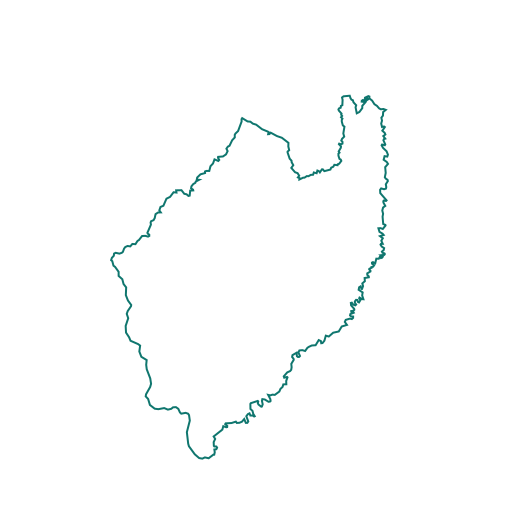 outline of Quimbaya, Quindío, Colombia, rotated 307°
{"feature_id": "7082276B28031700236172", "entity_name": "Quimbaya", "entity_type": "district", "adm_level": 2, "iso_a3": "COL", "parent_name": "Colombia", "parent_adm1": "Quindío", "projection": "mercator", "projection_center": [-75.769, 4.613], "detail": "fine", "context": "isolated", "style": "outline", "palette": "teal", "viewbox_px": 512, "rotation_deg": 307, "n_neighbors": 0, "source": "geoboundaries", "source_scale": "gbopen_adm2", "svg_char_len": 6123}
<svg xmlns="http://www.w3.org/2000/svg" viewBox="0 0 512 512"><g transform="rotate(307 256 256)"><path d="M450.1,269.3L448.3,267.4L448.0,265.4L448.7,262.3L448.5,259.2L450.0,255.2L450.1,251.7L451.6,250.6L451.3,249.5L448.1,247.8L447.6,248.4L445.0,248.4L444.7,247.5L443.9,247.7L443.6,247.1L442.9,247.5L444.0,249.5L446.6,249.1L448.3,249.6L449.0,249.9L448.4,251.2L446.4,250.5L444.9,250.9L439.9,250.5L438.0,251.9L433.2,251.9L430.6,250.6L434.7,246.0L436.7,245.3L437.4,241.4L438.7,239.6L438.3,238.3L438.8,236.7L440.4,234.4L436.2,229.8L434.4,229.3L432.8,231.2L428.4,234.2L426.9,233.5L425.4,234.4L423.9,233.5L422.7,233.6L422.0,234.6L421.2,238.6L420.1,239.0L419.7,240.5L418.0,240.4L417.7,242.4L416.3,242.6L414.9,243.7L412.6,246.7L412.5,248.8L406.4,252.0L404.4,254.6L401.4,254.2L399.5,254.7L399.2,256.4L397.8,257.4L396.4,256.7L395.8,254.8L395.2,254.9L394.7,257.9L393.5,258.6L389.3,259.1L388.8,260.5L387.4,260.2L385.7,261.5L383.8,264.2L384.0,265.7L383.3,266.9L379.7,266.9L378.5,266.1L377.6,266.5L376.0,263.7L373.8,264.0L371.8,262.9L369.8,263.4L364.9,259.5L365.4,257.2L364.9,256.5L361.2,256.7L361.6,255.1L361.2,253.6L358.6,254.6L357.5,251.9L355.3,252.7L353.7,250.9L351.3,249.9L350.4,248.5L347.8,247.6L346.9,246.5L343.2,244.6L344.4,243.8L344.0,242.2L346.1,242.2L347.2,239.3L346.4,236.8L347.6,231.2L351.0,231.1L352.3,228.1L353.5,227.0L354.0,224.3L357.7,218.9L358.4,218.4L360.5,218.8L362.9,215.9L365.9,213.8L366.0,205.5L364.4,200.6L363.4,193.9L363.2,193.3L361.5,193.4L360.6,192.4L362.5,191.6L362.5,190.7L360.9,184.5L361.0,177.1L359.8,173.8L359.9,170.7L358.4,168.3L357.8,162.0L356.6,162.1L354.7,163.6L345.0,166.5L341.4,165.9L340.0,166.1L337.9,167.7L334.1,167.3L328.1,168.5L326.4,167.7L323.9,167.8L322.7,170.2L319.1,170.9L315.6,169.7L312.4,166.1L311.6,166.5L310.6,168.8L309.2,168.7L308.2,164.7L304.0,166.0L300.3,165.6L295.8,167.5L294.0,165.1L292.8,164.4L291.6,165.4L287.8,162.5L283.3,161.8L281.4,162.7L282.6,164.7L279.2,163.1L277.9,163.5L275.7,162.6L272.8,162.5L271.0,163.4L271.1,165.8L270.6,166.4L268.6,164.1L264.3,166.7L263.3,165.9L263.5,163.4L262.5,161.3L263.7,156.9L260.4,152.7L258.8,154.3L257.3,151.8L251.5,151.8L247.9,150.0L240.4,151.8L237.7,150.2L234.3,151.3L233.5,153.7L231.8,151.6L229.0,150.6L225.3,152.3L223.0,152.6L220.6,151.3L219.3,151.7L217.8,153.2L209.2,155.3L208.7,156.0L208.8,157.9L207.8,158.7L206.5,158.1L205.5,155.5L203.4,153.0L198.3,152.9L196.7,152.3L192.9,152.6L191.2,150.0L188.0,149.8L186.7,147.4L184.5,146.2L182.5,146.2L179.2,147.2L177.8,146.9L175.7,145.5L174.1,142.0L172.5,141.2L170.6,142.3L167.8,142.0L165.5,142.8L165.4,144.3L162.5,148.0L162.5,150.0L160.7,155.8L157.4,158.3L157.0,163.2L153.9,167.1L152.8,171.2L146.4,175.6L143.4,180.5L141.8,185.8L140.7,186.4L134.8,186.7L132.0,187.6L129.4,191.4L121.7,194.0L116.6,198.3L114.7,203.6L112.8,206.8L114.7,214.9L114.7,217.4L109.5,220.3L106.5,225.1L107.1,231.3L103.0,233.8L99.8,236.9L94.6,245.2L90.8,249.1L87.7,250.3L79.4,251.4L77.5,252.4L76.9,255.9L73.2,260.9L73.1,267.0L74.9,270.2L79.3,274.2L80.3,278.1L83.0,280.3L85.2,280.8L87.1,283.0L87.2,285.9L85.3,289.4L85.1,291.2L88.4,294.2L89.2,296.7L88.6,298.3L84.7,302.2L73.7,306.8L65.3,314.8L63.7,316.9L60.8,326.4L60.4,332.2L61.9,335.1L64.4,336.4L66.0,339.9L71.7,341.5L72.2,342.2L74.4,341.2L76.4,339.2L77.8,340.6L79.5,340.3L80.0,339.0L78.8,337.3L79.0,336.6L81.9,334.2L85.3,333.5L86.4,330.8L97.1,333.6L100.4,332.3L101.3,335.3L102.0,335.9L103.0,335.3L103.2,332.6L104.1,332.5L107.9,337.0L111.6,339.6L111.1,341.1L112.8,343.1L115.2,344.5L118.7,344.7L116.6,348.3L117.5,349.5L119.2,349.4L122.2,344.7L124.8,344.7L126.4,345.5L125.2,347.5L126.6,349.3L126.7,351.1L127.3,351.4L128.2,348.9L130.2,346.4L130.5,343.6L134.5,340.5L135.3,340.4L141.3,344.6L141.2,345.3L139.6,346.0L138.9,347.3L138.8,350.9L139.3,351.3L141.6,350.6L143.9,347.9L145.5,347.2L146.7,349.4L147.1,353.7L148.2,354.8L149.0,354.9L150.3,353.6L152.4,349.3L153.3,351.3L155.2,352.6L156.4,354.6L161.8,356.2L164.6,355.5L167.4,356.0L169.9,355.1L171.8,357.4L174.4,355.3L178.0,354.2L178.1,353.6L175.8,351.8L176.6,350.6L181.9,351.0L184.6,352.5L186.3,352.6L188.6,351.4L191.1,349.1L195.8,348.6L196.5,347.9L197.1,345.6L198.8,344.8L203.1,346.6L200.6,349.0L200.6,350.3L201.4,351.2L202.6,351.3L204.5,347.9L206.7,347.5L208.7,349.7L209.7,352.4L213.6,352.3L215.3,352.9L218.1,354.4L220.6,357.3L226.6,356.7L227.1,359.0L225.6,360.6L226.5,361.5L229.5,361.6L234.4,359.7L235.5,362.6L241.2,363.8L245.5,367.5L251.3,366.9L255.7,370.1L256.8,366.6L259.0,366.1L262.5,368.7L263.3,370.5L265.0,370.8L266.1,370.0L265.0,368.4L265.1,366.9L266.4,366.3L269.5,368.2L269.8,367.3L268.8,365.7L269.3,365.2L271.1,366.8L272.2,366.9L272.9,366.2L273.8,361.7L275.6,360.0L276.4,360.6L275.7,363.0L276.3,365.0L277.5,365.2L278.2,363.1L279.2,362.3L281.2,362.3L281.9,363.4L280.7,365.0L280.9,366.2L283.8,365.9L284.3,363.9L285.1,363.7L285.4,366.7L286.1,367.8L288.4,364.5L291.1,363.1L290.8,358.3L293.1,357.2L294.7,357.8L293.2,360.1L293.5,360.5L296.4,359.6L298.1,357.4L301.4,358.1L303.8,356.0L306.9,358.9L307.6,358.3L307.9,356.2L309.1,355.3L312.5,356.7L313.1,356.3L313.4,354.5L314.0,354.2L316.2,355.4L316.6,354.9L318.0,356.0L319.7,355.9L319.7,353.3L320.5,352.6L321.5,353.1L321.9,355.6L326.3,353.7L327.7,355.7L329.9,355.4L329.5,357.0L330.5,357.7L331.7,357.7L331.7,355.2L334.1,357.8L335.1,357.7L335.4,357.0L334.7,355.1L335.3,353.9L337.6,354.4L339.4,353.6L339.2,350.8L340.0,348.6L340.9,348.5L342.0,349.9L343.6,346.9L346.5,346.6L346.5,343.1L349.6,345.3L350.0,343.6L349.6,340.1L351.8,337.1L353.2,338.7L353.9,341.0L358.3,341.1L358.7,340.6L358.1,338.4L358.7,337.8L363.6,333.4L366.2,332.1L368.3,329.5L371.2,328.3L373.8,329.1L375.3,325.7L376.4,324.7L377.2,324.7L378.2,326.7L379.0,326.8L381.0,317.4L383.5,315.3L385.3,315.3L386.4,318.1L388.0,319.2L389.4,318.6L391.4,316.5L395.2,316.2L396.0,315.2L395.9,313.0L396.4,311.5L400.4,309.6L404.7,305.7L409.0,306.0L409.8,303.8L409.7,300.0L413.1,298.6L414.4,301.0L416.3,300.4L418.2,297.3L418.8,292.4L420.0,289.7L420.9,289.6L422.0,292.2L422.9,292.1L425.1,288.1L426.3,287.8L427.5,288.6L428.4,285.5L430.9,286.2L431.8,284.6L432.1,281.5L436.5,281.3L436.5,280.3L434.9,279.0L437.1,276.3L439.9,275.2L441.9,272.9L444.5,272.9L447.5,270.9L450.8,271.7L450.1,269.3Z" fill="none" stroke="#0f766e" stroke-width="2"/></g></svg>